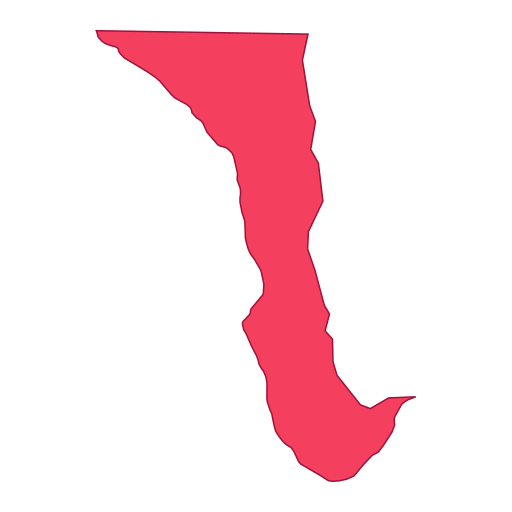 outline of Calhoun, Illinois, United States of America
{"feature_id": "52423323B51319827777546", "entity_name": "Calhoun", "entity_type": "district", "adm_level": 2, "iso_a3": "USA", "parent_name": "United States of America", "parent_adm1": "Illinois", "projection": "albers", "projection_center": [-90.682, 39.134], "detail": "fine", "context": "isolated", "style": "filled", "palette": "rose", "viewbox_px": 512, "rotation_deg": 0, "n_neighbors": 0, "source": "geoboundaries", "source_scale": "gbopen_adm2", "svg_char_len": 1645}
<svg xmlns="http://www.w3.org/2000/svg" viewBox="0 0 512 512"><path d="M274.1,425.5L275.5,430.7L276.9,433.3L279.6,437.3L282.3,440.8L285.7,444.2L291.0,447.5L293.7,451.1L298.6,461.6L300.8,464.1L320.5,475.6L328.4,480.7L332.8,481.3L339.5,480.8L340.7,480.5L346.6,479.2L353.1,476.4L354.3,475.6L362.8,465.3L372.2,455.4L378.4,452.0L383.3,445.5L391.9,432.3L394.7,424.9L394.2,420.0L394.3,418.6L394.9,416.6L401.6,404.4L404.5,401.9L408.0,399.8L415.7,396.8L388.7,397.9L370.3,408.6L360.4,404.8L337.0,375.3L333.0,361.7L332.5,339.2L325.1,330.9L329.5,314.0L324.3,305.2L314.9,270.0L307.6,249.0L308.4,231.7L322.9,201.2L318.4,163.3L310.7,149.4L315.5,121.5L309.7,105.8L302.4,60.1L308.0,34.1L96.3,30.7L97.0,32.5L98.1,37.0L101.6,40.9L104.3,42.9L106.6,44.1L110.8,45.6L115.1,46.6L117.2,47.8L118.5,49.4L118.6,51.2L120.3,53.8L124.4,58.0L147.1,71.6L154.7,76.8L159.6,80.9L171.9,95.2L174.8,97.9L186.3,104.2L190.1,107.2L191.3,109.4L192.0,112.8L196.5,117.7L201.8,121.4L203.0,123.3L207.0,132.2L217.6,144.6L219.4,145.7L225.8,147.6L229.1,150.0L231.8,152.7L233.7,156.7L237.3,172.3L237.5,174.5L237.1,179.7L240.2,188.3L240.5,191.3L240.5,194.4L240.0,197.7L240.0,202.3L242.0,212.6L244.5,220.1L244.9,223.1L245.4,238.2L246.2,241.8L248.0,248.3L249.5,252.0L251.1,254.8L254.7,259.7L259.5,268.0L260.6,269.8L261.6,273.4L263.9,284.4L263.3,293.3L262.8,294.8L251.1,308.8L250.6,310.0L250.0,314.1L243.2,321.3L242.5,322.6L242.4,323.9L243.8,330.0L246.2,333.8L251.0,345.0L256.4,355.6L258.0,359.4L258.8,363.5L259.5,365.1L261.3,368.2L262.2,369.6L263.2,370.7L265.8,376.6L267.0,383.2L266.9,398.7L267.3,401.8L270.0,410.1L271.7,413.6L274.1,425.5Z" fill="#f43f5e" stroke="#9f1239" stroke-width="1.5"/></svg>